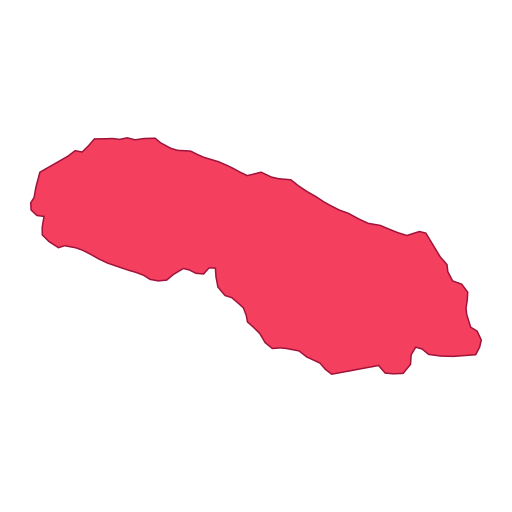 outline of Baixio, Ceará, Brazil
{"feature_id": "56859067B56515520379315", "entity_name": "Baixio", "entity_type": "district", "adm_level": 2, "iso_a3": "BRA", "parent_name": "Brazil", "parent_adm1": "Ceará", "projection": "albers", "projection_center": [-38.756, -6.713], "detail": "fine", "context": "isolated", "style": "filled", "palette": "rose", "viewbox_px": 512, "rotation_deg": 0, "n_neighbors": 0, "source": "geoboundaries", "source_scale": "gbopen_adm2", "svg_char_len": 1563}
<svg xmlns="http://www.w3.org/2000/svg" viewBox="0 0 512 512"><path d="M432.5,244.1L425.8,233.1L419.4,231.5L406.8,235.5L397.4,232.5L388.0,228.7L380.2,225.4L368.0,223.3L358.5,218.8L348.3,213.3L339.2,210.0L329.8,205.2L323.7,201.8L315.9,196.6L307.1,191.6L298.0,185.5L290.9,179.8L278.6,178.7L271.2,177.0L261.1,172.2L247.3,175.6L239.5,171.9L233.4,168.5L227.6,165.7L218.5,161.7L211.4,159.6L203.5,157.2L197.2,154.4L190.7,151.1L184.4,150.7L177.8,150.4L170.8,148.3L160.7,142.9L155.1,138.2L144.3,138.5L135.0,139.8L127.1,137.8L119.7,139.4L112.3,138.5L104.8,138.8L94.4,138.9L88.2,146.1L82.2,152.0L75.1,150.7L67.9,156.2L39.9,172.2L35.9,187.2L34.1,197.4L30.7,202.9L31.1,210.0L36.9,215.5L44.0,216.4L42.2,227.3L42.3,234.9L49.0,241.6L58.5,247.7L64.6,245.7L75.8,247.8L82.3,250.1L90.0,254.0L99.1,259.1L107.6,263.1L120.7,267.6L129.4,270.5L136.0,272.4L143.7,275.3L150.1,279.4L158.3,280.9L166.7,280.1L173.5,274.4L183.3,268.5L189.4,270.0L195.9,273.3L203.6,274.0L209.0,267.9L215.4,268.1L216.0,277.0L217.9,287.0L225.0,295.5L231.7,297.6L237.1,302.2L243.4,307.8L246.2,315.2L247.5,322.0L253.3,327.1L259.8,333.6L265.2,342.7L272.3,348.5L280.3,347.9L286.5,348.5L299.0,350.9L306.8,357.0L320.0,363.1L325.4,369.4L331.7,374.2L378.5,365.5L385.2,373.1L393.4,373.8L403.1,373.4L410.5,364.4L411.2,354.7L415.7,347.2L422.1,349.0L428.6,354.4L441.0,356.1L453.5,356.4L475.7,354.7L479.6,347.2L481.3,340.1L477.2,331.2L470.7,327.2L466.8,314.9L466.0,308.4L467.3,299.6L467.7,292.2L461.7,284.2L452.6,280.9L447.8,271.6L447.0,264.6L440.3,257.0L432.5,244.1Z" fill="#f43f5e" stroke="#9f1239" stroke-width="1.5"/></svg>